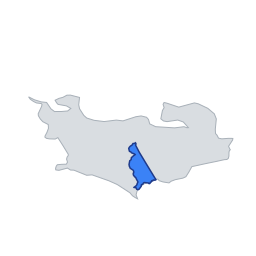 Costa Rica, with Heredia highlighted, rotated 148°
{"feature_id": "CRI-1328", "entity_name": "Heredia", "entity_type": "Province", "adm_level": 1, "iso_a3": "CRI", "parent_name": "Costa Rica", "parent_adm1": "", "projection": "orthographic", "projection_center": [-83.91, 10.368], "detail": "fine", "context": "in_parent", "style": "filled", "palette": "blue", "viewbox_px": 256, "rotation_deg": 148, "n_neighbors": 0, "source": "natural_earth", "source_scale": "10m", "svg_char_len": 3314}
<svg xmlns="http://www.w3.org/2000/svg" viewBox="0 0 256 256"><g transform="rotate(148 128 128)"><path d="M211.4,130.7L211.1,131.7L210.2,132.7L209.0,133.7L207.4,134.3L203.4,132.3L199.5,130.0L197.4,131.1L196.6,134.1L195.1,135.6L193.3,136.3L192.6,137.3L192.5,147.4L192.6,157.0L195.6,157.2L200.5,160.5L202.6,162.4L203.3,164.2L202.7,165.1L199.1,167.2L195.6,169.9L193.8,173.2L196.9,178.5L197.6,182.1L197.5,185.9L196.6,187.7L189.8,192.1L188.4,193.6L188.6,194.7L192.3,197.7L194.1,200.6L195.6,204.1L195.8,207.1L192.4,201.5L187.7,196.1L183.5,192.8L183.2,185.1L181.6,180.9L175.4,177.1L170.1,174.4L166.1,174.9L168.5,179.4L174.8,185.1L175.2,187.3L175.1,190.2L170.8,189.7L167.0,188.5L162.4,188.2L159.4,186.4L152.9,179.6L157.5,173.8L158.9,170.0L158.8,162.1L157.7,158.3L152.7,152.5L144.8,146.1L133.7,140.9L128.5,136.7L115.4,133.4L110.5,131.3L106.6,127.3L106.1,124.4L107.4,120.0L103.9,114.5L88.4,103.4L79.8,99.4L77.9,97.0L76.6,96.3L77.9,103.8L81.6,108.4L91.5,112.7L94.2,115.2L95.3,118.4L89.5,124.6L86.6,126.1L85.7,129.5L83.9,130.5L81.9,128.5L73.9,118.8L58.4,114.1L55.6,111.3L49.9,102.4L47.3,94.3L48.3,88.9L54.7,80.6L56.7,76.9L56.3,74.7L56.6,71.4L54.2,69.1L48.3,66.0L44.6,63.6L45.6,62.4L52.4,59.2L52.8,56.3L52.8,55.3L53.9,55.1L54.9,54.3L55.5,53.5L57.3,50.7L59.0,49.1L60.8,48.9L63.1,50.1L71.5,53.1L80.9,56.6L94.3,61.4L99.9,58.3L104.7,56.0L108.0,56.4L115.2,59.1L119.6,60.0L122.3,59.7L126.9,63.7L129.4,66.7L129.8,68.8L131.2,69.8L134.8,70.1L143.6,72.1L149.0,71.7L153.9,69.6L156.6,67.0L157.4,62.9L158.6,64.9L160.1,68.1L160.7,72.1L167.1,85.8L172.2,93.4L183.3,107.3L188.1,109.8L196.2,120.9L199.0,122.8L200.6,126.1L209.0,128.7L211.4,130.7Z" fill="#d9dde1" stroke="#a8b0b8" stroke-width="1"/><path d="M146.6,72.8L146.8,72.7L147.8,71.5L151.1,70.2L151.4,70.2L151.5,70.3L152.1,70.4L152.2,70.5L152.4,70.6L152.5,70.7L152.7,70.9L152.9,71.1L153.0,71.4L153.1,71.6L152.9,72.7L152.9,73.0L153.0,73.2L153.1,73.4L153.3,73.5L153.5,73.7L153.9,74.0L154.1,74.1L154.2,74.3L154.4,74.4L154.4,74.5L154.1,74.5L153.9,74.5L153.7,74.5L153.2,74.6L151.7,74.7L151.4,74.8L150.9,75.0L150.1,75.5L149.6,76.1L149.4,76.2L148.9,76.5L148.5,76.7L148.3,76.9L148.2,77.0L148.1,77.3L148.1,77.8L148.0,79.3L148.0,79.8L147.7,82.0L147.8,82.3L147.9,82.5L148.0,82.7L148.1,82.8L148.2,83.0L148.1,83.6L148.1,83.8L148.4,84.4L148.4,84.6L148.4,84.8L148.1,85.9L147.7,86.6L147.5,86.8L147.4,86.9L147.1,87.0L146.9,87.0L146.4,87.9L146.2,88.1L146.1,88.5L146.0,89.0L146.1,89.8L146.2,90.0L146.8,91.2L147.0,91.7L147.1,92.0L147.4,92.4L147.4,92.5L147.4,92.8L147.4,93.1L147.2,93.8L147.2,94.5L147.1,94.9L147.0,95.2L146.4,96.6L146.2,96.8L143.9,99.3L142.1,99.5L141.1,100.8L140.8,101.1L140.5,101.2L139.4,101.2L138.5,101.5L136.3,101.6L136.0,101.7L136.1,102.0L136.2,102.4L137.4,104.1L138.0,104.8L138.2,105.2L138.3,106.4L138.7,106.9L138.9,107.1L139.1,107.3L139.1,107.6L138.8,108.6L138.2,110.3L137.2,110.9L135.9,111.3L135.4,111.4L134.1,111.3L133.9,111.3L132.0,112.2L131.5,111.9L130.5,111.4L129.6,111.6L129.5,111.1L129.5,110.9L129.5,110.7L129.8,110.2L130.7,109.2L131.3,101.4L131.4,94.4L131.5,88.6L131.6,80.4L131.7,69.6L131.7,69.4L132.2,69.5L132.8,69.4L133.7,70.3L134.3,70.5L134.8,70.1L135.2,70.1L135.8,70.7L137.0,69.9L137.9,70.1L138.5,69.5L139.1,69.4L139.7,69.8L139.9,70.6L142.9,73.0L143.2,73.2L143.7,73.2L144.2,73.1L144.9,72.7L145.2,72.5L146.6,72.8Z" fill="#3b82f6" stroke="#1e3a8a" stroke-width="1.5"/></g></svg>